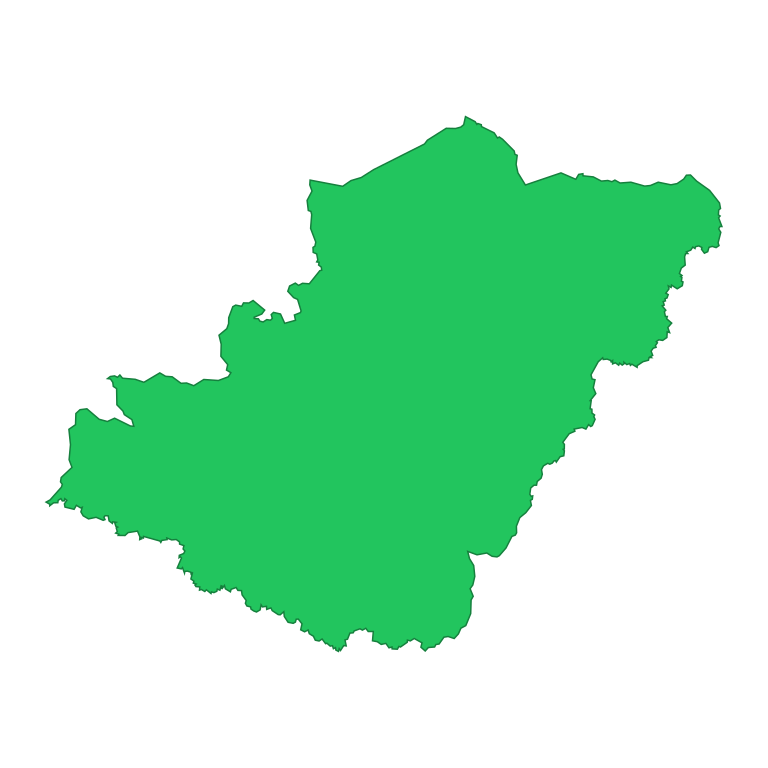 the district of Song Dao, Sakon Nakhon, Thailand
{"feature_id": "78962969B97836103025475", "entity_name": "Song Dao", "entity_type": "district", "adm_level": 2, "iso_a3": "THA", "parent_name": "Thailand", "parent_adm1": "Sakon Nakhon", "projection": "mercator", "projection_center": [103.442, 17.315], "detail": "fine", "context": "isolated", "style": "filled", "palette": "green", "viewbox_px": 768, "rotation_deg": 0, "n_neighbors": 0, "source": "geoboundaries", "source_scale": "gbopen_adm2", "svg_char_len": 6073}
<svg xmlns="http://www.w3.org/2000/svg" viewBox="0 0 768 768"><path d="M397.4,649.2L398.9,646.4L400.5,647.0L407.2,642.3L407.4,640.1L410.3,640.9L414.2,638.5L422.0,642.8L420.9,647.2L425.2,651.0L428.4,647.5L434.6,647.0L435.9,644.5L439.1,644.0L443.9,637.2L448.1,636.5L454.2,638.5L458.4,633.9L460.9,628.2L465.8,625.6L470.7,613.6L471.1,600.0L473.2,596.3L470.1,588.7L472.8,585.0L474.8,576.4L473.7,565.5L469.5,558.6L467.7,551.4L477.0,554.8L486.8,553.0L492.1,556.3L497.0,556.9L499.3,555.7L506.0,548.0L511.9,536.4L515.3,535.1L516.6,532.8L516.4,526.2L519.8,517.6L525.8,512.7L531.4,505.5L530.4,500.4L532.3,499.3L532.7,495.9L531.2,496.3L529.8,494.3L530.7,488.0L534.0,485.2L536.5,485.2L537.2,481.5L541.1,478.2L542.3,474.3L541.5,469.6L543.4,465.9L547.7,463.3L549.8,464.2L552.3,463.1L554.0,460.9L555.6,460.6L556.3,462.1L560.1,456.7L563.8,455.8L564.4,450.8L563.2,449.3L564.3,449.0L564.4,444.4L562.8,442.3L569.2,433.7L574.9,431.2L574.1,429.1L582.1,427.5L585.9,429.1L588.6,424.6L590.7,426.5L592.3,425.6L595.1,419.3L593.8,416.7L594.6,415.0L592.0,413.1L591.9,409.2L590.1,408.7L591.2,400.7L590.2,400.6L595.8,393.6L593.3,387.7L595.0,379.7L592.1,379.0L591.0,374.8L598.2,361.8L602.7,357.8L603.2,359.5L607.1,359.1L610.6,360.4L611.2,361.9L612.6,360.6L612.6,363.9L615.4,362.8L618.7,365.2L619.6,363.1L622.2,365.1L624.2,363.7L624.0,362.3L626.8,364.6L629.7,363.5L630.4,365.4L631.9,364.2L637.1,367.3L637.2,365.6L643.0,361.7L648.5,360.2L649.0,357.6L651.4,357.6L650.3,356.7L652.7,355.4L651.1,351.1L653.2,348.2L656.1,347.3L655.4,345.5L657.4,342.8L656.3,341.6L658.8,339.8L662.7,340.4L666.9,337.5L667.2,331.8L669.6,332.6L667.8,327.5L671.7,323.1L666.6,318.7L667.3,316.5L665.4,316.5L664.4,311.7L665.8,310.2L662.2,305.9L664.2,305.1L663.2,301.6L665.4,300.9L665.0,298.7L667.0,298.0L668.2,294.6L665.8,293.2L669.0,288.9L668.3,285.9L671.1,287.4L671.5,285.1L677.2,288.8L682.3,285.7L683.0,281.9L681.4,281.3L681.9,277.4L680.6,276.5L682.0,275.5L679.4,273.5L681.3,268.1L685.2,265.1L684.6,256.8L685.6,253.6L687.8,253.5L686.4,251.8L690.7,250.2L692.8,247.1L695.0,248.5L695.5,246.7L698.8,245.9L701.9,247.5L701.5,249.3L704.4,253.2L707.7,251.7L709.0,247.3L712.3,246.4L716.1,247.6L719.0,245.6L718.1,242.8L720.8,232.3L718.7,228.9L719.9,226.5L721.9,226.5L718.6,217.8L720.1,216.0L718.4,214.9L718.7,210.0L720.5,208.5L719.5,203.0L709.6,190.4L696.6,181.1L690.5,175.0L686.4,175.2L683.7,179.1L677.1,183.6L670.9,184.8L658.2,182.2L650.4,185.5L644.7,186.1L630.9,182.2L620.1,183.0L614.9,180.1L611.9,181.7L607.8,180.5L601.4,181.1L593.3,176.9L583.0,175.8L582.9,173.7L578.7,174.4L575.8,179.3L561.0,172.9L525.4,185.0L517.9,172.8L516.1,164.3L517.2,155.3L514.9,154.3L514.2,151.0L502.6,139.3L499.3,137.0L497.5,138.0L494.2,132.9L481.5,126.6L481.3,124.7L477.8,123.5L476.9,124.4L475.2,121.7L465.5,116.6L463.7,124.7L460.8,127.1L455.6,128.5L446.2,128.3L427.4,140.2L424.5,144.0L373.7,169.6L361.3,177.5L351.0,180.6L342.7,186.3L310.1,180.1L309.8,184.9L312.0,191.1L307.1,200.4L308.3,210.5L310.9,211.4L311.7,214.6L310.6,228.4L315.8,242.1L314.9,246.2L313.0,247.4L313.2,252.4L316.7,253.9L317.8,259.9L316.7,261.9L319.1,262.3L318.6,265.0L321.3,267.1L321.7,270.2L319.8,270.7L309.3,283.8L302.5,283.3L298.6,285.4L295.3,283.1L289.6,286.0L287.8,291.3L293.6,297.6L297.6,299.4L301.1,311.0L300.4,312.6L294.4,315.0L295.5,320.3L284.7,323.3L280.5,314.0L273.5,312.4L271.2,314.6L272.3,318.4L270.5,320.2L266.8,319.6L263.1,322.0L259.8,321.1L258.4,318.8L254.2,318.5L254.2,317.2L261.8,314.0L264.7,310.1L253.1,300.5L248.9,303.0L243.5,302.9L241.7,306.3L235.7,305.1L232.8,306.7L228.7,317.7L228.6,323.7L226.8,328.7L219.0,335.2L221.2,344.2L220.9,356.3L227.7,364.6L226.5,370.1L230.9,372.7L228.3,376.8L218.4,380.5L203.8,379.5L193.8,385.7L186.6,383.0L181.0,383.3L172.2,376.8L165.6,376.3L159.8,372.9L143.9,382.3L135.2,379.3L122.5,378.2L119.9,375.0L117.5,377.3L114.6,375.9L110.3,376.5L107.6,378.6L110.5,379.0L112.8,382.4L113.3,386.4L116.6,388.6L116.9,404.8L123.0,411.1L124.3,414.6L131.9,419.6L133.8,426.3L130.4,426.0L114.6,418.2L107.4,421.5L99.2,419.3L86.9,408.8L80.0,409.7L75.9,413.5L75.5,424.7L68.9,429.3L70.5,444.7L69.1,459.7L72.0,467.4L61.2,477.5L60.5,481.8L62.3,484.4L61.4,487.2L50.1,499.9L46.1,502.1L49.9,504.3L49.8,505.7L53.6,502.8L57.8,502.7L58.2,500.3L60.9,498.6L62.3,500.9L64.4,500.8L64.8,498.7L66.9,500.3L64.4,503.9L65.0,507.1L74.1,509.3L76.4,505.3L80.6,507.9L82.2,507.3L80.9,511.9L83.2,515.8L88.5,518.9L96.1,517.3L103.2,520.3L105.0,519.6L103.9,517.2L105.1,515.7L108.2,515.8L109.1,520.9L112.4,523.4L112.8,521.8L116.0,522.3L114.8,522.9L115.8,526.2L117.7,527.1L116.2,527.9L117.3,531.6L115.7,533.1L118.8,534.1L118.2,535.4L125.0,535.5L128.1,532.6L137.5,531.1L139.9,536.9L139.7,539.6L141.6,538.8L140.5,537.2L143.4,538.0L143.5,536.4L159.9,541.0L160.8,542.4L161.8,540.4L167.1,539.6L166.8,538.0L171.7,539.9L176.2,539.5L179.5,541.9L179.6,544.1L183.9,545.6L183.1,549.0L184.9,551.0L183.7,553.5L179.3,555.3L179.1,557.6L180.3,556.7L181.5,558.0L177.2,568.0L181.3,568.9L182.5,567.6L184.5,573.1L184.8,571.4L187.3,571.1L190.8,572.2L191.1,573.9L192.6,572.3L190.9,579.0L193.9,581.1L193.3,583.1L196.2,584.0L195.0,585.1L196.0,586.6L199.8,586.9L199.5,590.1L201.4,589.5L204.8,591.5L206.4,589.8L211.0,593.5L211.4,591.9L213.9,592.6L216.8,591.3L217.3,589.1L219.9,590.2L221.1,585.7L222.3,586.2L221.8,589.1L224.4,585.5L225.4,588.8L230.4,591.8L231.1,589.3L236.1,587.5L237.9,590.4L241.5,590.6L242.1,594.9L246.2,600.5L245.4,603.3L246.9,606.0L250.6,606.9L251.0,609.1L253.8,611.0L256.5,612.0L260.1,609.9L261.1,604.8L262.5,606.9L266.5,606.3L266.7,609.4L270.9,607.9L272.2,610.6L278.2,614.6L280.2,614.8L283.8,611.7L284.3,616.5L288.1,622.3L293.2,623.3L295.4,622.1L296.2,619.2L298.3,619.1L302.0,623.8L300.7,629.8L304.6,631.8L308.1,630.0L309.3,633.7L313.4,636.2L315.3,640.2L319.1,641.0L322.1,639.0L325.6,643.7L326.9,643.2L330.2,646.1L332.5,645.7L333.4,648.7L335.5,647.6L335.9,650.1L338.5,651.4L339.2,648.6L340.5,650.5L343.7,645.6L346.2,645.9L345.0,639.9L347.5,639.2L349.9,633.1L353.2,632.8L354.2,630.9L360.0,628.8L362.4,630.1L365.8,628.3L368.2,631.5L373.3,631.5L372.5,640.8L377.3,641.7L381.2,644.4L385.9,643.4L389.0,647.8L392.0,647.0L392.1,648.9L397.4,649.2Z" fill="#22c55e" stroke="#15803d" stroke-width="1.5"/></svg>